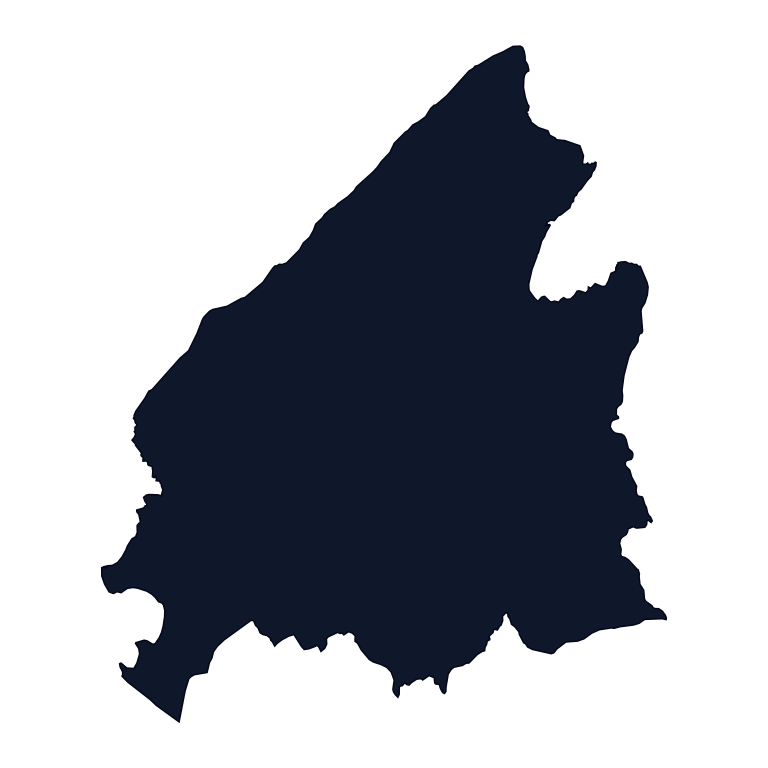 the district of Mahajanga II, Boeny, Madagascar
{"feature_id": "10022922B51504984909978", "entity_name": "Mahajanga II", "entity_type": "district", "adm_level": 2, "iso_a3": "MDG", "parent_name": "Madagascar", "parent_adm1": "Boeny", "projection": "equal_earth", "projection_center": [46.72, -15.594], "detail": "fine", "context": "isolated", "style": "filled", "palette": "ink", "viewbox_px": 768, "rotation_deg": 0, "n_neighbors": 0, "source": "geoboundaries", "source_scale": "gbopen_adm2", "svg_char_len": 6111}
<svg xmlns="http://www.w3.org/2000/svg" viewBox="0 0 768 768"><path d="M143.6,497.3L144.8,501.1L146.9,504.2L146.7,505.6L145.2,505.8L143.5,508.1L136.7,510.0L136.8,511.8L138.8,514.3L140.3,521.2L140.0,522.8L138.8,523.3L137.1,525.6L137.3,532.5L136.0,535.7L136.2,537.1L135.4,536.8L132.0,538.8L127.4,546.0L125.9,550.0L122.0,557.1L117.5,562.6L112.3,565.4L106.9,565.8L106.0,566.4L106.4,567.9L105.3,568.0L104.9,566.5L104.2,566.5L101.7,567.7L101.8,576.1L104.6,584.1L109.1,591.9L113.4,593.5L117.0,591.7L121.1,592.7L127.4,588.3L133.0,587.5L137.7,588.2L146.7,591.1L151.7,594.1L155.1,597.2L158.5,601.7L161.8,602.9L163.4,604.8L164.8,610.4L164.6,616.8L163.2,626.1L161.6,632.4L159.3,637.6L155.6,643.1L154.4,644.1L152.4,644.1L147.2,640.9L144.1,640.2L135.8,642.7L135.5,643.4L138.8,648.6L139.6,653.9L136.9,663.2L133.8,668.5L126.8,668.0L121.0,663.1L119.6,663.7L120.1,666.9L122.6,671.8L122.7,674.4L122.0,676.2L128.0,682.3L150.1,699.5L156.3,705.4L179.1,721.9L185.1,690.9L188.8,678.8L190.9,676.7L194.3,674.7L207.1,672.5L209.4,662.7L211.9,658.1L213.5,651.6L217.4,646.2L224.2,639.8L251.0,620.4L252.8,620.4L253.9,621.4L255.5,625.3L258.1,627.9L260.1,632.8L262.8,634.5L267.0,635.5L270.0,637.9L270.9,640.4L272.5,641.9L274.7,646.1L277.2,643.3L282.2,639.6L288.6,636.2L293.9,634.5L301.5,646.5L304.2,649.5L308.8,648.8L315.5,646.3L316.5,645.3L318.6,646.6L321.0,651.5L324.7,648.3L326.7,644.1L326.4,638.8L328.2,636.8L337.6,632.4L340.3,633.5L342.1,632.9L343.8,634.9L348.5,631.7L352.3,633.1L355.2,635.8L355.0,641.3L357.5,643.1L361.4,650.1L369.3,659.5L373.4,662.0L381.5,664.7L386.8,667.4L391.1,671.9L394.2,680.1L392.9,689.2L393.4,691.6L395.4,694.8L397.9,697.3L399.2,694.4L399.3,687.2L400.3,686.0L402.4,685.7L404.7,682.8L406.9,684.6L409.1,685.1L411.4,682.6L416.8,679.1L421.1,678.7L422.7,680.0L429.1,675.6L434.2,677.7L434.7,682.9L435.6,684.0L439.2,684.4L440.6,688.9L442.7,692.6L444.5,693.5L445.9,691.5L446.0,687.1L448.2,674.1L451.1,669.5L454.0,667.2L462.6,665.4L466.0,663.2L469.0,663.0L477.2,654.6L482.0,651.5L484.6,650.8L485.0,647.5L486.7,644.0L487.0,641.9L488.3,640.2L489.5,640.0L489.9,638.9L489.2,637.4L489.5,635.8L492.9,632.8L493.9,629.1L497.4,630.0L499.6,626.2L501.1,625.1L502.7,620.7L502.5,616.3L506.2,612.4L507.8,613.9L508.0,616.3L510.0,619.2L511.5,624.3L514.8,626.7L519.0,631.9L519.3,634.3L523.6,642.7L525.7,644.0L527.6,647.0L532.6,649.5L551.3,653.7L553.9,652.8L556.8,649.0L565.9,642.0L577.5,641.1L584.0,638.8L591.8,633.1L599.5,629.7L611.5,627.9L614.2,628.3L620.2,626.7L633.5,625.0L639.3,623.2L644.6,619.4L662.2,618.7L666.1,619.6L666.3,617.6L665.3,615.2L662.3,611.1L658.7,608.7L655.1,608.6L653.0,607.7L651.8,605.6L645.7,601.2L644.5,599.1L643.7,590.2L639.9,584.2L639.1,576.3L639.4,573.9L638.2,569.8L637.1,569.2L628.5,559.9L625.0,557.5L621.6,556.6L620.6,554.4L621.2,549.5L619.6,543.4L620.4,539.6L621.9,537.4L626.2,534.5L627.6,531.7L628.0,529.0L633.2,526.7L636.6,528.1L644.8,527.3L646.6,524.7L647.0,520.7L648.3,520.2L651.1,522.5L652.3,520.9L650.4,516.8L648.9,515.5L647.6,512.8L646.4,507.4L644.7,504.2L642.8,497.7L642.2,496.9L638.3,496.1L636.7,494.2L636.1,490.2L636.6,486.2L631.7,477.0L629.7,470.0L626.0,466.4L625.4,464.8L625.3,462.5L626.7,460.5L631.3,459.3L632.6,457.1L632.9,454.1L632.1,451.9L628.3,448.5L626.1,439.5L624.3,436.0L621.8,434.2L615.2,433.1L612.4,430.9L610.2,426.9L611.0,422.4L612.8,420.3L618.4,418.4L618.5,416.9L616.3,415.1L616.4,408.8L618.2,406.2L620.8,404.4L622.3,401.4L622.6,395.5L622.0,390.4L624.0,375.3L628.8,356.8L631.4,350.9L634.8,346.8L638.0,341.5L638.3,337.4L639.5,334.1L642.0,332.8L642.6,331.1L641.0,311.3L641.5,308.3L644.9,302.8L647.4,294.8L648.1,287.0L647.0,282.3L640.3,266.3L638.5,266.4L636.6,264.5L633.7,264.4L631.6,263.3L629.2,263.5L625.5,261.7L621.2,262.0L618.0,262.7L618.0,263.7L616.7,265.3L616.8,267.2L616.3,266.8L615.9,267.3L615.6,271.3L611.0,273.3L608.5,280.8L606.0,285.5L604.6,286.4L601.5,286.3L595.2,283.6L591.2,287.8L590.1,288.0L588.4,287.0L588.2,290.2L585.8,292.9L579.8,290.9L577.2,291.0L574.7,295.0L570.8,298.8L566.8,299.4L563.6,297.6L561.0,299.4L558.7,302.2L554.4,301.1L551.7,302.0L549.9,301.5L544.7,296.4L544.0,296.4L541.5,297.2L537.9,301.4L534.4,297.9L529.8,291.6L529.0,289.8L528.7,284.2L532.0,269.5L536.8,256.6L537.1,254.5L538.3,253.0L541.8,240.7L544.6,236.5L546.0,232.4L550.2,225.2L549.5,224.5L546.0,225.5L547.4,224.0L546.6,222.5L550.7,220.2L554.4,220.6L558.2,215.8L560.5,215.0L569.8,207.7L571.3,203.1L573.6,201.2L573.6,198.8L574.6,196.4L576.4,195.3L577.9,191.9L581.1,189.0L586.9,180.9L591.2,176.2L592.4,172.0L594.4,169.9L595.9,165.9L596.1,162.6L595.3,162.1L593.3,163.6L591.9,163.3L590.8,164.6L588.0,164.0L587.7,163.0L586.1,164.2L582.9,164.2L582.6,162.2L583.5,155.8L579.9,145.8L564.9,140.6L556.2,139.7L555.5,138.2L549.8,135.2L547.9,130.8L538.2,127.5L531.3,122.3L530.6,119.9L527.9,115.7L527.7,113.6L526.5,113.2L527.3,110.6L528.2,110.6L529.0,106.3L527.5,103.9L525.5,98.0L523.5,87.7L523.9,78.7L524.7,74.8L526.6,72.1L528.7,71.0L528.8,69.9L527.7,64.9L525.2,60.6L525.1,56.3L524.2,51.4L522.5,47.4L520.1,46.1L512.9,46.4L502.5,52.1L493.3,56.0L478.3,65.3L474.8,66.3L473.5,68.2L469.0,71.0L446.7,95.8L436.1,104.8L434.0,105.3L430.7,108.4L425.6,116.7L418.4,122.0L412.9,124.9L407.9,130.6L405.6,131.9L394.3,143.2L389.9,152.5L381.2,161.7L377.6,167.0L373.1,171.9L356.6,186.8L354.1,190.8L347.6,196.9L338.1,203.6L335.0,206.9L330.2,209.5L324.6,214.5L322.4,217.9L315.7,224.1L313.4,230.5L309.6,237.3L303.3,243.0L299.6,249.8L286.6,262.9L282.3,264.5L279.3,264.3L276.4,266.0L275.0,265.9L273.0,267.9L262.9,282.4L245.1,297.4L241.2,298.5L227.0,306.3L212.6,309.5L209.4,311.4L204.2,316.7L202.6,319.2L197.0,333.6L188.6,350.7L179.9,358.3L152.1,389.6L148.8,391.2L144.8,398.4L135.9,411.1L134.2,415.0L134.7,415.1L133.4,418.4L134.7,419.9L135.4,422.9L136.8,424.3L136.7,425.6L134.9,427.4L135.1,430.9L134.3,431.5L135.7,434.0L134.3,437.3L132.0,440.1L135.9,444.6L135.5,445.2L141.7,453.4L140.9,454.9L141.6,456.4L143.1,457.3L142.9,461.1L146.0,461.0L147.7,462.1L147.9,464.7L148.7,465.4L152.1,466.4L152.8,471.2L152.4,476.8L154.1,477.7L155.8,476.6L156.4,479.4L156.1,480.7L160.2,481.3L160.1,482.8L161.3,484.1L161.4,486.0L162.9,489.8L161.1,496.0L158.4,494.9L149.3,494.5L146.5,495.0L143.6,497.3Z" fill="#0f172a" stroke="#020617" stroke-width="1.5"/></svg>